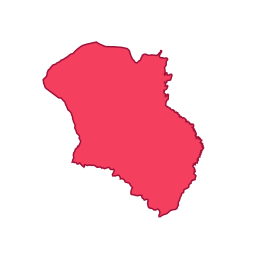 Moonlapamok, Champasak, Laos (Albers equal-area conic projection), rotated 245°
{"feature_id": "54806243B88761903664020", "entity_name": "Moonlapamok", "entity_type": "district", "adm_level": 2, "iso_a3": "LAO", "parent_name": "Laos", "parent_adm1": "Champasak", "projection": "albers", "projection_center": [105.451, 14.311], "detail": "fine", "context": "isolated", "style": "filled", "palette": "rose", "viewbox_px": 256, "rotation_deg": 245, "n_neighbors": 0, "source": "geoboundaries", "source_scale": "gbopen_adm2", "svg_char_len": 5819}
<svg xmlns="http://www.w3.org/2000/svg" viewBox="0 0 256 256"><g transform="rotate(245 128 128)"><path d="M216.9,86.9L215.4,83.1L214.7,82.5L214.3,80.4L212.1,78.0L211.0,77.5L209.4,76.1L208.4,73.8L207.9,71.8L207.3,71.4L204.3,70.6L203.5,70.4L202.3,70.5L200.8,70.1L198.5,70.5L185.6,77.4L184.2,78.4L184.2,78.7L183.6,79.8L182.8,80.3L180.0,81.0L178.8,81.7L178.4,81.8L175.4,81.4L174.0,81.5L169.8,81.3L167.4,82.5L165.1,82.9L163.8,82.5L161.6,82.5L159.8,81.7L158.2,81.7L157.5,81.4L152.9,81.3L150.6,79.8L147.5,79.8L145.0,79.4L141.8,80.6L141.3,80.6L140.7,80.4L139.2,79.3L137.6,79.6L136.1,79.5L135.4,79.1L133.6,77.2L133.5,76.8L132.5,75.9L132.3,75.6L132.7,75.0L132.7,74.5L131.8,74.3L131.0,71.3L129.4,70.0L128.5,68.4L126.6,67.0L124.0,66.3L122.7,64.8L120.6,63.0L120.3,63.9L119.4,64.7L118.7,66.2L118.3,66.5L117.1,66.6L116.7,66.9L116.4,68.0L116.8,69.2L116.7,69.6L115.3,69.8L114.5,70.3L113.7,70.3L112.6,70.8L112.1,71.3L111.2,71.5L111.7,72.4L113.0,72.9L113.1,73.1L112.7,73.8L111.2,75.3L110.9,77.1L109.5,79.3L108.9,80.8L107.9,82.1L105.7,83.2L105.2,83.9L104.7,85.7L104.3,86.5L102.8,87.2L102.5,88.3L102.2,88.7L101.1,89.4L100.6,93.5L100.0,94.3L97.9,94.6L96.7,96.7L96.7,97.6L96.4,97.8L95.1,97.5L94.1,96.4L92.3,94.1L90.9,94.0L90.5,95.3L90.0,96.0L89.8,96.8L89.8,98.3L88.6,99.9L87.7,100.1L85.9,100.0L85.0,99.5L84.7,101.2L84.0,101.8L82.4,102.7L81.6,102.8L80.7,102.6L80.2,102.7L78.2,105.0L77.7,105.7L76.9,106.1L76.1,105.9L73.4,106.4L72.1,106.9L70.7,105.1L69.4,104.0L67.1,102.8L66.6,102.9L66.2,103.1L65.3,104.7L64.1,105.9L62.6,108.0L62.1,110.1L61.1,112.1L59.4,111.3L58.4,111.4L57.5,112.0L55.8,112.3L55.4,115.2L54.9,115.5L54.4,115.6L53.6,115.4L51.3,113.8L47.8,113.1L46.9,113.3L45.5,114.7L45.2,115.5L44.5,116.2L42.9,116.8L42.0,118.2L42.0,120.3L41.5,121.1L40.7,121.4L39.7,121.5L38.0,121.3L35.3,118.8L34.5,118.7L34.0,120.0L34.4,121.5L34.5,122.5L34.0,126.6L34.1,127.6L35.3,131.7L35.1,132.6L35.1,133.8L34.2,136.4L34.3,137.7L34.6,138.5L36.1,139.9L36.8,141.2L38.4,141.5L39.4,142.2L41.0,144.3L42.8,145.7L44.3,147.7L45.1,148.4L45.6,148.6L46.1,149.5L46.0,151.0L46.4,151.4L47.8,152.1L48.4,152.9L48.4,153.6L48.6,154.0L48.4,154.6L48.6,155.7L48.4,156.7L48.7,157.7L49.2,158.5L49.7,158.6L50.7,159.1L51.4,161.0L51.2,161.7L52.2,162.1L52.7,163.0L53.3,163.4L53.3,164.3L53.6,165.0L53.0,165.4L53.0,167.1L53.9,167.4L55.9,169.4L57.6,168.9L58.1,168.5L59.0,168.5L59.7,169.0L59.7,169.5L60.1,169.6L60.0,170.0L60.3,170.6L60.9,170.7L61.1,170.4L61.6,170.4L62.1,170.5L62.2,170.9L62.5,170.8L62.6,171.0L63.6,171.2L65.5,170.5L66.4,170.9L66.6,171.6L67.0,171.7L67.7,172.2L67.6,172.5L66.6,172.9L66.3,173.4L66.9,173.5L67.3,173.9L67.9,174.0L68.1,174.2L67.8,175.2L67.1,175.6L67.0,176.0L67.7,176.2L68.0,176.7L68.6,177.0L68.9,177.7L69.3,177.3L69.7,177.3L69.6,178.0L70.3,178.0L70.3,178.7L71.0,178.8L71.3,179.1L71.7,180.2L71.4,180.8L72.4,181.1L72.4,181.7L73.8,181.9L73.9,182.2L73.7,183.0L74.4,182.9L74.6,183.0L74.5,183.4L74.9,183.6L75.1,184.5L75.3,184.6L75.7,184.2L76.1,184.7L76.5,184.6L76.3,185.2L76.9,185.6L76.7,186.1L77.5,187.3L78.2,187.5L77.9,187.9L78.0,188.1L78.6,187.9L79.4,188.2L79.0,187.4L79.7,187.2L80.1,188.3L80.5,188.6L80.9,188.5L80.7,188.2L80.8,188.0L82.0,188.7L82.1,188.0L82.4,187.9L83.0,188.5L83.3,188.5L83.9,187.3L84.1,187.2L84.3,187.4L84.4,187.9L84.8,188.1L85.3,188.8L85.6,188.9L85.4,189.4L85.7,189.7L87.1,188.5L87.6,189.0L87.8,188.9L88.6,187.7L89.0,188.6L90.4,187.9L90.4,187.6L89.6,187.1L90.2,187.0L90.4,186.4L90.2,186.0L90.9,186.4L91.4,185.9L92.2,186.4L92.6,186.1L92.5,185.8L92.6,185.7L93.3,186.2L93.5,187.3L94.8,187.5L95.1,187.5L95.7,186.9L96.4,187.1L96.5,187.6L97.4,187.4L97.7,187.1L98.2,186.3L98.6,186.6L98.4,187.3L99.4,187.0L99.4,187.4L101.3,186.6L101.1,187.4L101.2,187.8L102.9,188.7L103.7,188.7L104.1,188.0L104.2,187.0L104.4,186.6L104.6,186.6L104.4,187.4L104.6,187.5L105.1,186.4L105.8,185.5L106.3,186.0L107.4,185.8L108.4,184.5L108.9,184.8L109.0,184.4L108.8,183.8L109.3,183.1L109.7,183.7L110.2,183.7L110.6,184.1L112.5,183.6L113.8,182.7L113.8,181.8L114.5,181.5L115.2,180.9L116.1,180.9L116.3,180.5L116.1,179.7L116.3,179.5L117.2,179.4L117.6,179.9L118.7,179.9L119.4,179.3L120.1,178.9L120.4,179.4L120.8,179.5L121.3,178.7L122.0,178.5L122.1,177.5L123.2,176.9L123.7,177.3L124.0,176.9L124.6,177.0L125.5,176.4L125.8,175.3L127.5,174.5L128.2,174.6L128.6,174.0L129.2,173.8L129.7,173.1L130.5,173.0L130.7,172.4L131.1,172.5L132.0,171.9L132.7,171.7L135.7,173.6L135.9,174.1L136.4,174.6L136.8,175.4L136.9,176.1L137.2,176.6L140.8,178.6L141.5,178.6L141.9,178.1L141.8,177.6L140.8,176.5L140.6,175.6L140.8,175.1L142.7,176.3L144.3,175.5L145.0,175.4L145.3,175.6L145.8,176.5L146.9,176.5L146.9,178.8L147.1,179.6L147.9,180.6L149.1,181.7L149.5,181.8L149.8,181.6L149.7,180.4L150.3,179.5L152.0,180.8L153.9,180.4L153.6,181.3L153.1,181.6L153.0,181.9L153.1,182.4L154.1,183.2L154.4,183.8L153.6,186.2L153.6,186.9L157.1,190.1L158.1,190.2L158.6,189.8L158.8,187.3L158.9,186.6L159.2,186.1L159.9,185.9L161.1,186.6L161.7,186.3L162.1,185.3L162.0,184.9L160.4,184.3L160.5,183.8L161.1,183.6L161.9,184.1L162.6,185.0L163.8,185.6L167.5,186.7L168.9,189.2L172.1,190.8L172.5,191.2L173.0,192.5L173.6,193.0L174.3,193.0L175.1,192.6L175.5,191.9L175.7,190.4L177.2,188.9L177.9,187.2L178.6,186.8L179.5,186.7L180.2,186.9L181.0,187.8L183.0,190.7L183.8,191.0L184.3,190.6L184.3,190.3L183.5,189.9L183.0,189.2L182.8,188.2L181.6,185.7L181.7,184.6L184.3,180.2L184.8,178.2L185.2,177.3L187.6,175.0L188.1,173.1L187.8,172.4L187.9,171.8L186.7,170.8L186.3,170.0L185.0,168.7L184.2,167.5L184.0,165.7L183.3,164.2L183.4,163.1L184.9,162.1L187.0,161.8L188.5,161.1L190.1,161.2L191.9,161.1L197.2,161.8L198.8,161.5L200.4,160.7L203.7,156.4L207.6,149.5L210.2,144.1L211.5,141.8L216.8,137.1L219.3,135.6L221.4,125.9L222.0,121.5L221.6,118.8L220.9,115.7L219.7,111.8L218.7,109.8L219.1,107.1L218.1,102.8L217.5,98.0L217.5,97.1L217.8,96.2L217.4,95.5L217.0,93.9L216.9,90.6L216.7,90.0L216.3,89.6L216.9,86.9Z" fill="#f43f5e" stroke="#9f1239" stroke-width="1.5"/></g></svg>